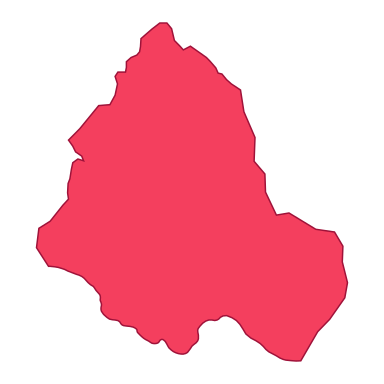 the district of Mobaye, Basse-Kotto, Central African Republic
{"feature_id": "33826404B98868976507956", "entity_name": "Mobaye", "entity_type": "district", "adm_level": 2, "iso_a3": "CAF", "parent_name": "Central African Republic", "parent_adm1": "Basse-Kotto", "projection": "albers", "projection_center": [21.19, 4.52], "detail": "fine", "context": "isolated", "style": "filled", "palette": "rose", "viewbox_px": 384, "rotation_deg": 0, "n_neighbors": 0, "source": "geoboundaries", "source_scale": "gbopen_adm2", "svg_char_len": 2345}
<svg xmlns="http://www.w3.org/2000/svg" viewBox="0 0 384 384"><path d="M240.5,90.0L231.3,83.9L226.6,79.7L221.9,74.0L218.1,73.1L215.8,67.9L210.1,61.3L206.4,57.5L195.1,49.5L190.4,46.2L183.3,49.9L180.0,46.2L174.4,40.5L171.6,28.7L166.9,23.0L159.8,23.0L151.8,29.2L141.0,38.6L140.5,46.6L139.6,51.8L136.8,55.1L131.1,57.5L126.4,61.7L126.4,67.4L125.5,72.1L123.1,72.1L117.9,72.1L115.1,76.4L117.5,83.9L115.1,95.2L109.9,104.7L104.4,105.1L98.7,105.6L79.8,128.7L68.5,140.1L72.8,146.2L75.6,151.9L81.7,156.1L83.6,160.8L77.9,159.0L72.8,162.7L71.4,169.3L69.9,178.8L68.1,183.5L67.6,192.9L68.5,199.1L62.9,205.2L50.2,221.2L38.9,228.3L36.5,247.7L48.5,266.3L50.0,266.3L51.8,266.5L54.8,266.8L58.3,267.4L61.6,268.4L64.6,269.4L68.0,271.1L76.4,274.3L79.0,275.1L81.9,276.5L84.1,278.2L88.1,282.6L90.5,284.7L93.3,286.4L94.3,287.7L96.1,290.5L99.4,294.2L100.1,295.4L100.3,296.4L100.4,297.6L100.3,298.8L100.2,300.0L100.4,300.9L100.8,301.8L101.3,303.3L101.5,304.6L101.4,305.9L101.1,307.1L101.0,308.2L101.0,309.3L101.3,310.9L102.0,312.1L103.6,314.4L105.6,316.2L107.1,317.5L109.5,319.1L112.2,319.7L115.1,320.0L118.0,320.6L119.7,321.8L121.1,324.0L122.2,325.0L123.6,325.6L126.3,326.0L130.1,326.4L133.2,327.1L135.0,328.0L136.5,329.1L136.9,329.7L137.0,330.3L137.0,330.8L137.2,331.6L137.5,332.4L139.9,334.9L141.8,336.7L143.6,338.2L145.4,339.4L148.7,341.1L150.4,342.3L151.9,343.2L153.3,343.5L154.6,343.6L156.0,343.5L157.2,343.2L158.4,342.6L158.9,342.0L159.5,341.1L160.1,340.2L160.7,339.8L161.7,339.4L162.9,339.5L164.0,340.3L165.3,341.5L166.8,344.0L167.9,346.1L168.9,347.8L171.0,349.8L173.4,351.6L175.9,352.8L178.4,353.6L180.8,354.0L183.1,354.1L185.6,353.5L187.5,352.4L190.4,348.6L191.9,346.2L193.7,344.6L196.2,342.7L197.7,340.8L198.4,338.8L198.4,335.2L197.8,332.1L197.7,330.0L198.2,328.5L199.9,326.2L202.7,323.2L205.7,321.1L208.8,320.0L212.0,320.0L214.8,320.5L217.1,320.0L218.8,319.0L220.4,317.3L223.1,315.9L226.7,315.6L232.0,317.7L236.4,320.5L239.9,324.3L243.0,329.1L245.9,334.0L250.9,338.1L255.9,340.7L260.2,343.5L263.4,346.5L265.9,349.4L268.8,351.8L276.2,355.7L280.1,358.1L283.2,359.4L285.9,360.1L290.8,360.6L296.1,361.0L300.8,360.8L317.7,331.7L329.7,319.3L344.8,297.8L347.5,282.7L342.3,261.9L342.9,246.2L334.5,232.0L315.8,229.3L289.0,213.0L276.4,215.1L265.5,192.1L264.9,174.0L254.1,161.3L255.0,137.5L243.9,111.8L240.5,90.0Z" fill="#f43f5e" stroke="#9f1239" stroke-width="1.5"/></svg>